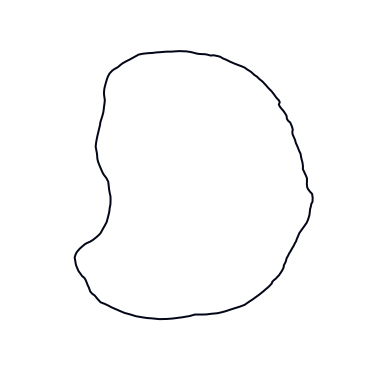 the district of North Nilandhoo, Maldives, rotated 20°
{"feature_id": "70690204B63708858601891", "entity_name": "North Nilandhoo", "entity_type": "district", "adm_level": 2, "iso_a3": "MDV", "parent_name": "Maldives", "parent_adm1": "", "projection": "mercator", "projection_center": [72.923, 3.188], "detail": "fine", "context": "isolated", "style": "outline", "palette": "ink", "viewbox_px": 384, "rotation_deg": 20, "n_neighbors": 0, "source": "geoboundaries", "source_scale": "gbopen_adm2", "svg_char_len": 3019}
<svg xmlns="http://www.w3.org/2000/svg" viewBox="0 0 384 384"><g transform="rotate(20 192 192)"><path d="M170.0,328.7L175.6,328.2L181.8,327.9L187.9,326.8L192.8,325.8L197.4,324.5L204.9,322.6L212.3,319.7L217.1,317.5L220.8,315.6L226.0,312.9L232.3,309.3L236.7,306.1L242.8,303.9L247.0,302.3L252.3,299.6L257.2,297.3L259.9,295.6L264.0,292.8L267.9,289.7L271.9,286.6L276.0,283.5L280.0,280.1L283.3,275.4L285.8,272.1L287.8,269.1L290.2,265.6L292.8,261.3L294.4,258.4L296.0,255.7L297.0,253.6L298.2,250.7L298.2,248.8L299.0,247.0L300.5,244.5L301.5,242.0L302.2,240.5L303.0,237.4L303.6,234.6L303.9,231.6L303.4,229.4L303.9,225.7L303.6,221.9L304.1,218.7L304.3,216.5L304.9,213.8L305.4,210.3L305.9,208.1L306.2,205.0L306.6,203.0L306.6,200.1L306.8,196.4L306.9,194.0L307.8,190.6L308.4,188.5L308.9,186.8L309.4,184.9L310.2,182.0L310.5,179.0L310.4,176.2L310.2,173.3L308.8,167.4L308.7,165.6L308.2,162.2L308.6,160.0L307.4,156.2L305.5,152.7L302.7,151.3L299.8,149.4L298.5,147.9L297.2,145.3L296.4,142.7L295.4,139.9L293.3,137.5L291.2,135.4L288.3,132.5L287.6,130.2L286.1,127.2L285.1,125.6L283.4,123.2L282.0,120.9L280.9,118.9L278.7,116.8L276.8,114.6L274.7,112.3L272.7,110.3L271.6,108.6L270.0,106.7L268.5,105.2L266.8,103.4L265.7,101.2L265.4,99.1L264.5,97.6L262.8,95.5L260.5,93.1L258.2,92.3L256.4,91.0L255.6,89.8L255.1,88.5L253.8,87.2L252.2,86.0L250.6,84.8L248.1,83.4L245.2,81.6L243.7,80.1L243.7,77.6L242.4,76.2L240.5,75.3L238.5,74.2L235.8,72.3L232.3,70.1L228.2,68.2L225.2,66.5L220.7,64.2L216.2,62.6L213.9,61.5L210.4,60.6L206.8,59.1L204.6,58.5L202.0,58.0L199.0,57.1L196.1,56.9L192.7,56.9L187.7,56.8L183.2,56.5L178.6,56.0L175.4,55.9L172.3,55.3L170.3,55.4L165.6,56.1L162.8,57.4L161.5,57.5L159.3,57.7L157.0,58.1L154.9,58.8L151.9,59.7L149.8,60.2L146.8,60.5L144.5,60.7L142.4,61.0L140.5,61.4L138.5,61.8L134.2,63.2L131.7,64.0L128.1,65.6L124.0,67.4L121.4,68.3L117.9,69.8L114.7,71.3L110.6,73.1L107.6,74.7L104.3,76.1L101.5,77.4L98.3,79.0L94.9,81.1L92.2,84.2L88.0,89.0L85.5,91.6L82.7,94.9L81.1,97.4L79.6,100.1L77.4,102.6L75.6,105.1L74.0,108.8L73.5,111.9L73.5,115.3L73.7,118.9L74.0,122.2L74.2,124.2L74.9,127.4L75.9,130.3L76.8,132.0L78.7,135.6L79.5,138.8L80.3,142.5L81.0,145.4L81.5,148.1L81.7,150.7L81.9,154.4L82.0,157.6L82.7,160.9L83.1,164.6L83.4,167.0L84.0,172.3L84.7,176.7L85.2,179.3L86.0,182.4L87.9,185.6L89.5,188.3L91.8,193.3L93.2,195.4L94.4,196.9L96.3,199.0L98.8,201.7L101.7,204.7L103.6,206.2L105.7,207.5L107.0,208.4L109.7,210.9L111.4,214.2L113.3,218.1L115.4,221.7L116.7,223.6L117.9,226.5L119.1,230.0L119.7,232.2L120.1,234.9L121.1,239.4L121.6,243.9L122.1,249.5L121.4,254.2L120.7,258.3L120.2,261.7L119.3,264.0L117.6,267.2L115.1,271.2L113.0,273.8L110.9,275.7L109.2,277.7L107.2,281.2L105.7,284.1L104.3,287.9L104.0,290.0L104.1,293.6L106.0,296.9L107.4,299.4L108.5,300.9L110.1,302.7L112.5,305.2L115.0,306.8L117.5,308.6L120.0,309.4L122.2,311.1L124.0,313.1L126.1,315.5L127.8,317.1L130.3,320.2L132.9,321.7L135.9,322.5L140.3,325.1L143.8,326.9L148.4,327.0L152.7,327.4L155.8,327.9L160.9,328.2L165.8,328.5L170.0,328.7Z" fill="none" stroke="#020617" stroke-width="2"/></g></svg>